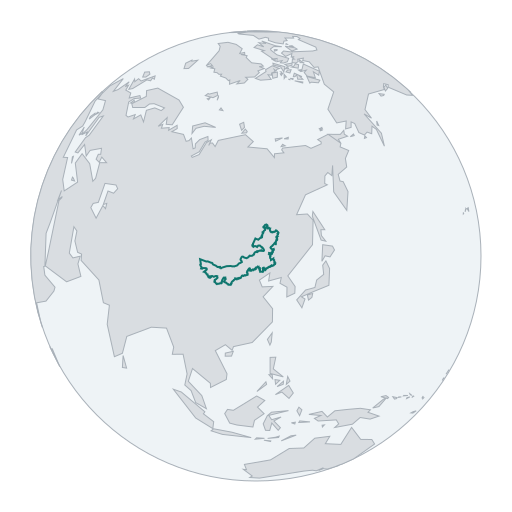 Inner Mongol on an orthographic globe
{"feature_id": "CHN-1838", "entity_name": "Inner Mongol", "entity_type": "Autonomous Region", "adm_level": 1, "iso_a3": "CHN", "parent_name": "China", "parent_adm1": "", "projection": "orthographic", "projection_center": [116.94, 45.357], "detail": "fine", "context": "on_globe", "style": "outline", "palette": "teal", "viewbox_px": 512, "rotation_deg": 0, "n_neighbors": 0, "source": "natural_earth", "source_scale": "10m", "svg_char_len": 17545}
<svg xmlns="http://www.w3.org/2000/svg" viewBox="0 0 512 512"><circle cx="256" cy="256" r="225" fill="#eef3f6" stroke="#a8b0b8"/><path d="M449.0,369.6L448.7,370.4L448.5,370.7L449.0,369.6ZM406.2,88.1L406.3,88.2L409.7,91.3L409.2,91.2L412.5,95.3L406.7,95.0L388.2,87.2L388.2,84.7L383.7,83.6L383.4,86.9L384.3,89.5L368.5,94.0L365.0,109.6L371.5,118.2L364.1,113.9L381.4,133.2L384.4,146.2L376.4,129.4L372.0,126.2L371.7,133.7L367.1,132.1L364.4,135.0L358.9,132.6L354.7,123.5L351.1,121.9L351.1,127.4L345.6,128.9L346.2,121.0L336.7,122.9L327.9,109.2L333.7,91.9L324.3,84.2L318.1,66.9L314.1,67.4L309.2,61.8L302.7,60.5L303.4,58.1L297.7,59.2L298.2,61.6L295.9,63.0L292.1,62.6L292.4,59.3L294.3,59.1L292.4,57.9L294.2,56.6L291.2,57.0L291.9,53.5L285.6,56.4L281.5,53.1L283.6,51.0L290.6,51.9L312.7,51.0L316.9,50.0L315.8,47.1L298.4,39.6L300.0,38.5L296.9,36.5L292.7,36.4L293.6,38.1L285.0,38.0L287.1,40.6L283.9,41.1L283.2,43.9L275.5,42.8L268.4,40.4L268.6,38.2L265.5,37.3L259.0,39.1L253.3,35.4L238.9,34.0L238.2,33.5L248.4,31.9L264.4,32.0L277.6,32.0L261.1,31.5L259.8,30.8L256.3,30.8L251.8,30.8L249.2,31.0L247.1,31.0L255.6,30.7L263.9,30.9L259.8,30.8L267.3,31.0L270.5,31.2L287.0,32.9L303.4,35.8L319.6,39.9L335.4,45.2L350.7,51.6L365.5,59.1L379.8,67.8L393.3,77.4L406.2,88.1ZM468.9,211.6L467.1,208.5L468.2,207.7L468.9,211.6ZM465.9,208.5L466.6,209.2L466.0,209.0L465.9,208.5ZM465.4,209.6L465.8,208.8L465.6,210.1L465.4,209.6ZM465.1,211.7L465.2,210.4L465.3,210.7L465.1,211.7ZM463.7,213.6L463.3,214.0L463.3,212.4L463.7,213.6ZM385.4,91.0L383.9,87.2L385.8,85.1L387.7,88.3L385.4,91.0ZM381.0,96.1L379.0,93.6L384.2,94.3L383.7,95.5L381.0,96.1ZM377.1,125.0L376.7,121.0L378.7,125.5L377.1,125.0ZM364.9,135.8L366.5,137.6L364.4,138.4L364.9,135.8ZM287.4,44.4L285.4,44.1L286.6,43.7L287.4,44.4ZM289.1,46.0L292.0,45.7L293.2,46.4L291.4,46.6L289.1,46.0ZM354.2,135.6L350.3,136.7L353.5,134.0L354.2,135.6ZM285.2,46.2L295.0,47.8L297.1,49.1L291.9,51.0L285.2,46.2ZM347.6,136.2L338.3,139.3L340.9,143.3L328.1,134.3L340.3,134.4L343.8,130.3L344.3,134.2L347.6,136.2ZM300.1,62.6L299.3,59.9L303.4,62.6L300.1,62.6ZM303.3,64.0L319.4,71.2L318.7,75.2L313.4,71.8L315.3,77.7L307.1,76.1L304.2,72.5L306.3,70.1L301.5,71.4L303.3,64.0ZM322.5,129.1L319.6,128.7L321.8,127.4L322.5,129.1ZM295.3,63.8L298.6,64.7L298.2,68.2L291.5,67.0L293.8,66.2L295.3,63.8ZM319.9,80.2L318.4,82.8L311.3,82.2L309.8,83.1L306.8,76.5L319.9,80.2ZM292.0,65.2L288.1,66.3L284.9,64.4L292.0,63.1L292.0,65.2ZM301.0,69.7L300.5,71.4L298.5,70.0L301.0,69.7ZM271.2,58.7L275.2,59.4L275.3,61.2L271.2,58.7ZM286.9,66.9L288.0,67.6L288.6,68.5L285.4,68.9L286.9,66.9ZM302.0,76.6L299.4,75.9L302.9,79.3L297.7,79.2L296.7,74.8L294.9,76.7L293.3,76.7L294.3,73.2L302.0,76.6ZM283.8,72.0L280.7,66.9L273.2,65.0L272.9,63.2L284.9,66.7L283.8,72.0ZM289.9,73.0L286.0,71.9L287.5,70.1L291.1,69.7L289.9,73.0ZM294.6,80.8L302.8,82.0L302.7,83.0L294.6,80.8ZM281.3,71.8L282.1,73.0L280.6,71.8L281.3,71.8ZM290.2,78.3L293.1,78.6L292.9,79.6L290.2,78.3ZM281.3,75.5L280.3,73.8L282.7,73.4L281.3,75.5ZM285.1,77.1L284.2,78.5L284.1,74.3L286.4,77.0L285.1,77.1ZM289.5,79.3L290.4,80.0L288.3,79.1L289.5,79.3ZM272.8,78.3L272.1,73.1L277.4,72.1L277.3,77.2L272.8,78.3ZM102.0,91.6L102.5,92.9L95.1,101.1L85.1,121.8L82.7,126.0L76.6,129.9L63.3,157.3L67.6,157.5L62.7,179.5L64.2,190.9L77.6,182.1L75.3,163.1L82.1,153.7L89.7,163.7L92.8,181.3L95.6,178.3L99.7,162.7L106.6,162.7L101.8,157.1L99.2,162.3L96.1,159.2L98.3,154.3L100.7,154.3L101.5,148.3L90.1,150.4L86.2,156.0L84.6,144.5L77.9,152.9L75.2,152.0L85.5,137.7L89.2,135.2L103.3,116.0L99.2,117.3L85.7,135.9L87.2,132.0L81.6,134.8L87.0,129.6L102.9,109.8L105.5,100.6L98.1,99.0L101.9,93.7L109.9,85.9L123.3,78.6L113.4,91.3L118.0,89.6L129.2,81.8L125.3,86.6L128.6,85.2L125.8,90.1L130.8,93.0L129.2,98.0L139.9,95.6L140.6,98.0L134.1,98.6L128.7,102.0L126.0,115.4L128.0,117.0L135.2,114.6L133.5,118.9L140.8,114.9L143.5,121.9L146.4,110.3L154.8,107.9L161.2,110.6L164.5,107.9L154.1,103.7L149.5,104.0L144.8,107.5L132.7,107.5L131.8,103.7L146.3,96.4L146.6,90.6L157.8,88.1L179.0,100.0L183.4,107.3L172.2,124.8L166.2,124.3L167.2,117.6L158.2,126.3L162.8,124.3L161.4,128.2L169.2,127.6L168.6,130.3L177.1,125.3L177.2,128.6L171.8,131.7L183.5,134.4L186.1,141.3L189.0,140.6L191.4,138.0L193.1,148.8L195.2,147.9L195.4,143.9L199.7,139.6L207.9,136.5L208.1,140.4L205.1,142.0L199.2,151.8L191.3,156.0L192.2,157.4L199.1,154.6L206.4,142.7L211.3,139.8L208.7,145.5L210.0,143.2L212.5,143.0L215.1,146.6L218.3,140.4L245.5,134.7L253.3,141.6L247.9,147.0L267.1,148.8L274.4,157.6L274.5,153.8L283.9,152.8L281.7,149.9L282.5,148.1L305.5,145.5L311.0,148.3L321.1,143.9L321.2,142.0L317.7,139.6L328.1,134.3L340.9,143.3L340.1,146.9L348.7,150.5L345.4,158.4L346.7,167.0L338.2,174.4L340.0,181.0L343.2,181.7L348.0,191.6L346.8,210.4L333.7,191.9L332.6,165.4L331.8,175.6L327.8,172.5L324.9,175.9L324.7,183.5L327.3,184.8L305.5,194.8L296.6,214.7L307.4,214.0L313.1,220.2L312.5,244.7L287.8,275.9L295.1,286.5L294.8,293.2L286.8,297.0L287.0,287.2L280.0,283.3L281.3,277.5L268.6,281.0L269.9,272.9L259.4,280.1L262.2,286.9L272.9,286.4L263.1,296.8L272.6,308.7L272.4,321.9L252.2,342.5L233.5,346.6L232.1,350.3L225.4,344.7L215.3,350.6L227.0,373.8L226.3,379.5L210.5,387.5L210.4,383.3L192.5,368.5L188.3,381.3L201.8,395.6L206.4,408.7L195.7,402.6L191.1,390.6L184.8,385.0L187.1,373.9L183.1,354.2L172.3,354.3L173.7,347.1L166.5,328.1L151.3,327.2L126.8,336.4L122.4,353.3L114.4,356.7L107.2,324.3L109.4,305.2L103.4,302.7L98.9,280.0L81.1,260.4L81.6,254.1L77.6,252.3L74.9,241.0L76.9,231.0L73.9,226.7L69.3,253.1L72.9,257.9L80.2,256.2L77.9,263.9L80.9,276.4L66.6,281.8L45.3,265.9L48.4,251.9L59.0,200.5L61.6,197.9L61.8,197.4L62.3,196.5L57.9,199.8L61.5,190.5L50.3,222.3L46.1,233.3L44.9,266.2L43.7,266.5L44.9,275.2L55.0,287.2L53.9,291.1L46.0,301.1L36.6,302.8L40.8,322.4L42.4,327.5L37.8,312.1L34.4,296.4L32.1,280.5L30.9,264.5L30.8,248.4L32.0,232.4L34.2,216.5L37.6,200.8L42.1,185.4L47.7,170.3L54.3,155.7L61.9,141.6L70.6,128.0L80.2,115.1L90.7,103.0L102.0,91.6ZM90.8,207.6L96.1,218.2L102.9,205.5L105.5,208.7L106.8,203.4L103.3,204.5L108.0,191.0L113.6,193.2L117.7,188.7L116.0,185.0L105.0,183.4L98.3,202.4L93.2,203.4L90.8,207.6ZM258.9,30.8L257.6,30.9L253.2,30.8L255.5,30.8L258.9,30.8ZM232.0,32.6L229.2,32.5L232.8,32.3L235.5,31.9L246.4,31.3L238.5,33.2L240.1,32.3L232.0,32.6ZM258.8,31.7L252.8,31.4L259.7,31.7L258.8,31.7ZM149.9,74.2L145.9,77.0L142.7,77.0L144.7,72.1L149.4,71.8L149.9,74.2ZM141.1,81.0L155.1,75.9L154.4,79.2L152.4,78.1L150.6,80.8L146.9,79.9L132.6,88.6L128.8,89.3L134.6,79.0L134.8,81.7L138.6,78.7L141.1,81.0ZM191.8,61.2L197.8,60.2L188.5,68.5L184.0,68.6L185.7,63.2L192.0,60.1L191.8,61.2ZM274.2,49.7L277.1,49.6L277.0,50.4L274.5,51.1L274.2,49.7ZM273.0,58.9L261.5,51.2L264.2,50.6L254.1,47.5L257.4,44.8L263.8,46.8L258.8,42.7L265.9,43.5L261.7,41.0L275.7,45.8L281.8,46.7L273.7,46.6L270.5,48.9L271.0,50.2L276.9,54.8L288.7,58.4L287.4,61.7L283.3,63.1L280.3,62.8L282.1,60.6L276.8,61.7L277.1,58.4L273.0,58.9ZM236.8,83.9L240.2,80.5L229.5,84.2L229.8,80.0L228.5,80.7L225.8,78.0L220.4,76.1L221.6,74.2L218.9,74.3L217.1,72.7L213.9,72.2L214.8,68.8L211.0,68.1L213.7,67.0L206.8,66.8L212.3,65.5L210.5,63.6L206.1,65.8L219.1,50.8L220.2,46.3L218.2,43.5L228.0,42.3L236.2,44.4L242.2,48.7L239.7,53.5L244.6,52.4L244.8,54.4L240.8,54.5L247.1,55.7L246.2,57.5L251.6,62.8L261.1,63.9L263.3,66.1L259.2,66.6L264.3,68.5L257.9,70.9L259.3,72.6L254.5,77.0L245.6,77.3L247.9,79.3L244.3,83.0L236.8,83.9ZM271.2,79.4L260.5,80.2L255.4,78.4L266.0,71.6L265.6,69.7L272.2,65.8L279.5,68.5L276.9,69.3L276.1,70.8L274.1,69.3L275.1,71.6L271.6,73.0L271.4,75.2L268.0,74.7L271.2,79.4ZM84.3,127.0L83.2,129.6L82.5,133.1L79.0,135.2L84.3,127.0ZM94.9,113.3L94.6,115.0L89.2,119.1L90.4,116.6L94.9,113.3ZM98.9,112.7L95.0,114.8L97.8,112.1L98.9,112.7ZM134.2,100.2L134.4,102.1L132.7,103.1L130.5,103.0L134.2,100.2ZM205.3,95.6L208.1,93.5L209.2,94.1L217.2,92.1L217.7,95.3L213.0,97.7L205.3,95.6ZM74.6,181.0L71.5,180.1L72.5,177.1L73.3,178.0L74.6,181.0ZM73.4,156.3L71.5,163.4L72.4,156.8L73.4,156.3ZM207.2,98.8L210.4,97.5L208.6,99.9L207.2,98.8ZM218.4,97.6L217.1,100.3L218.6,95.5L218.4,97.6ZM49.9,347.0L49.7,346.5L52.2,350.9L52.1,348.4L56.7,359.3L59.8,366.7L49.9,347.0ZM263.9,440.2L270.8,440.9L270.6,441.5L263.9,440.2ZM256.6,437.8L264.5,438.3L255.2,439.2L256.6,437.8ZM267.6,438.4L275.7,437.2L279.2,436.1L278.6,437.5L267.6,438.4ZM251.2,437.6L222.4,434.4L211.1,430.8L213.7,428.8L231.9,432.2L251.2,437.6ZM212.8,428.6L195.7,418.0L173.3,389.2L181.3,392.0L204.9,411.8L203.4,413.8L213.7,421.7L212.8,428.6ZM254.5,420.3L252.9,427.0L236.9,425.0L229.7,423.1L224.7,413.6L227.5,409.4L233.4,410.3L256.7,396.0L264.8,400.5L257.5,407.1L264.1,413.7L254.5,420.3ZM123.1,355.5L126.6,368.1L122.4,367.5L123.1,355.5ZM266.6,384.4L256.9,391.5L265.9,381.8L266.6,384.4ZM272.2,374.7L272.6,378.8L268.9,374.7L272.2,374.7ZM231.5,356.1L225.2,356.2L225.3,353.1L233.3,351.3L231.5,356.1ZM272.2,332.8L271.3,342.0L269.9,345.1L267.4,339.4L272.2,332.8ZM215.7,127.4L204.1,126.3L196.0,128.3L192.0,133.5L192.7,126.0L205.1,122.8L215.7,127.4ZM241.8,133.2L245.3,129.1L247.2,131.5L246.6,132.8L241.8,133.2ZM241.6,130.3L239.6,124.2L243.7,122.3L244.5,127.4L241.6,130.3ZM222.9,110.6L219.4,109.9L221.0,107.9L222.9,110.6ZM335.6,466.7L339.1,465.4L335.6,466.7ZM303.7,471.1L259.5,478.1L249.8,477.5L252.2,476.0L243.3,469.3L246.5,469.7L244.4,464.4L270.5,459.9L289.2,448.5L303.8,448.0L314.8,438.2L329.8,436.3L325.3,443.7L340.8,444.4L351.6,427.4L360.7,439.4L371.8,439.5L374.6,444.0L353.6,458.9L341.8,464.2L339.7,464.8L334.8,466.8L327.3,469.1L323.4,468.7L318.6,470.5L323.4,467.7L316.3,470.8L312.5,470.2L303.7,471.1ZM410.9,412.9L413.1,411.7L416.2,410.8L412.9,413.1L410.9,412.9ZM443.5,378.1L444.3,377.7L442.2,380.5L443.5,378.1ZM448.5,370.7L446.0,374.2L449.0,369.6L448.5,370.7ZM422.7,397.9L423.7,397.8L422.8,398.8L422.7,397.9ZM421.8,398.3L423.2,396.0L422.9,397.4L421.8,398.3ZM411.8,397.5L413.1,395.9L413.7,396.2L411.8,397.5ZM281.2,440.9L290.9,435.8L296.2,435.1L281.2,440.9ZM409.9,396.9L406.6,398.6L407.0,397.6L409.9,396.9ZM410.2,394.7L409.8,393.7L411.9,395.4L410.2,394.7ZM403.8,395.4L407.9,395.5L403.4,395.9L403.8,395.4ZM401.4,396.9L398.5,397.4L398.7,396.9L401.4,396.9ZM368.0,412.3L379.0,416.1L370.1,419.1L360.2,417.5L352.4,424.2L334.7,427.5L338.7,423.9L336.3,419.9L318.1,421.0L314.4,418.4L320.9,415.5L308.9,414.4L322.0,411.4L327.4,417.0L334.9,410.8L347.8,409.4L360.3,408.3L370.4,409.8L368.0,412.3ZM322.1,425.2L324.4,424.9L322.4,427.0L322.1,425.2ZM392.8,396.7L397.1,397.6L396.6,398.6L394.5,399.1L392.8,396.7ZM372.7,408.0L383.6,399.1L386.1,398.2L378.9,406.6L372.7,408.0ZM380.9,396.7L386.0,395.6L388.6,397.4L387.6,398.6L380.9,396.7ZM295.3,422.2L294.8,424.0L291.4,422.8L295.3,422.2ZM299.7,420.9L310.0,421.9L298.8,422.5L299.7,420.9ZM268.7,415.4L271.7,419.7L281.1,417.0L273.9,421.0L280.4,427.7L278.2,430.3L271.8,423.0L269.7,430.5L265.5,430.3L263.2,423.8L267.3,415.7L271.5,412.2L288.5,410.6L268.7,415.4ZM299.6,415.7L296.9,410.8L298.9,407.2L301.9,409.8L299.6,415.7ZM289.0,398.4L281.9,392.1L275.4,394.6L288.7,385.4L293.3,393.0L289.0,398.4ZM283.2,384.3L277.1,386.6L283.5,381.2L283.2,384.3ZM275.6,384.3L275.0,379.6L279.8,380.3L275.6,384.3ZM286.3,384.4L287.7,376.5L290.0,381.1L286.3,384.4ZM273.3,368.9L283.3,376.9L270.1,373.4L270.1,357.4L275.8,357.2L273.3,368.9ZM308.5,300.1L307.4,295.0L312.7,293.5L311.9,297.4L308.5,300.1ZM328.9,285.3L313.7,291.5L301.4,296.8L305.0,299.0L301.9,307.8L296.7,299.9L305.6,290.0L314.9,287.5L316.7,280.0L323.7,274.4L322.7,265.2L325.9,260.9L329.6,268.6L328.9,285.3ZM321.9,261.3L322.7,244.7L332.5,246.1L334.5,250.0L330.0,256.9L325.1,255.8L321.9,261.3ZM325.8,241.2L321.1,240.1L312.3,216.1L312.9,211.5L324.8,229.7L320.9,229.7L321.4,235.6L325.8,241.2ZM320.3,130.8L319.7,128.9L321.9,130.3L320.3,130.8ZM281.1,146.6L282.6,144.3L285.2,145.8L281.1,146.6ZM288.1,139.0L284.1,138.8L288.3,137.3L288.1,139.0ZM275.2,138.9L282.5,137.9L275.6,141.2L275.2,138.9Z" fill="#d9dde1" stroke="#a8b0b8" stroke-width="1"/><path d="M253.3,246.8L252.4,245.9L252.3,245.1L253.0,244.6L253.0,243.5L253.6,242.6L253.7,242.2L255.4,238.5L256.3,239.0L257.4,239.3L258.3,239.7L260.3,237.9L261.4,237.7L262.0,237.3L262.1,236.3L261.6,236.3L261.5,236.2L261.8,235.9L261.9,235.3L262.4,234.8L262.4,234.1L262.9,233.4L263.0,233.1L262.9,232.9L263.1,232.9L263.1,232.6L263.3,232.4L263.2,232.2L263.4,232.2L263.7,231.1L264.6,230.2L265.0,230.1L265.1,229.8L265.1,229.5L265.3,229.3L265.2,228.8L264.8,228.4L265.0,227.6L264.4,227.3L263.5,227.5L263.4,227.4L263.4,226.8L263.9,226.4L265.2,224.8L266.0,224.7L266.4,224.5L267.0,224.9L267.2,225.2L267.4,225.3L267.5,225.7L266.1,227.4L267.4,228.1L267.8,228.5L268.2,228.4L268.6,227.6L268.9,227.7L269.4,228.4L270.0,228.5L269.7,229.0L270.1,230.1L270.0,230.6L270.4,231.1L270.5,231.6L271.1,232.1L271.3,232.0L271.5,232.2L272.0,232.1L272.4,232.4L272.8,232.3L272.9,231.9L273.7,231.8L274.2,231.9L274.4,231.6L274.9,231.6L275.3,231.5L275.9,230.4L276.4,230.5L276.8,230.8L277.5,231.6L278.2,232.2L278.5,232.7L278.4,233.1L278.0,233.5L277.8,233.6L278.0,233.8L278.0,234.5L277.5,234.9L277.3,235.9L276.9,236.3L277.1,236.4L276.9,236.5L277.0,236.6L276.8,236.9L277.0,237.2L276.8,237.4L277.0,237.5L277.0,238.0L276.8,238.1L277.1,238.4L277.1,238.6L277.2,238.9L277.2,239.7L277.0,240.1L276.3,240.0L276.2,240.2L276.2,240.5L275.9,241.8L275.9,242.2L275.7,242.5L275.7,243.2L275.9,243.7L275.8,244.2L275.7,244.2L275.2,243.4L275.1,242.8L274.9,242.7L273.4,244.7L272.7,245.2L272.5,245.7L270.9,246.9L270.5,247.7L271.0,248.5L271.6,248.8L272.5,249.7L272.8,249.8L273.3,249.2L273.5,249.3L273.6,249.5L273.8,249.3L273.9,249.6L273.8,250.0L273.4,250.4L272.4,250.5L272.4,251.3L272.9,252.0L272.7,252.4L272.0,252.5L272.0,253.8L271.8,254.0L271.2,253.7L270.9,253.2L270.5,253.7L269.8,253.1L269.2,253.0L269.3,253.5L268.9,254.1L269.2,254.4L269.7,254.3L269.9,254.5L269.9,254.9L270.3,255.1L270.5,255.5L270.6,256.0L270.1,256.4L270.0,256.6L270.2,258.1L271.0,259.1L271.0,260.0L272.2,259.4L273.3,258.6L273.3,259.1L273.8,259.8L274.1,260.0L274.0,260.5L274.7,261.8L274.7,262.1L274.4,262.1L274.3,262.7L275.3,263.1L275.1,264.1L274.1,264.6L273.9,264.8L273.8,265.2L273.6,265.4L272.8,265.7L271.7,265.3L271.6,265.5L271.9,265.9L271.8,266.1L271.4,266.2L270.7,265.9L270.4,266.1L270.3,266.6L269.9,267.0L269.6,267.0L269.3,266.7L268.9,266.8L267.8,267.9L267.5,267.7L266.7,268.3L266.4,268.4L266.3,268.9L265.9,269.1L265.4,269.8L265.3,270.2L265.1,270.2L265.0,269.6L264.3,268.5L264.4,268.3L263.8,268.1L263.7,267.7L263.3,267.8L263.0,267.9L262.7,268.3L263.1,268.8L262.9,270.0L263.2,271.2L263.1,271.5L262.8,271.9L261.7,271.7L261.2,271.7L260.5,271.7L260.2,271.8L260.1,271.4L260.0,270.8L259.8,270.7L259.6,270.1L259.9,270.1L260.0,270.0L260.0,269.7L259.9,269.5L259.9,268.9L259.6,269.1L259.4,268.5L259.1,268.3L259.2,268.1L259.2,267.7L258.5,267.0L258.5,266.8L257.9,267.0L257.7,266.8L257.4,267.4L256.5,267.3L255.8,267.6L255.7,268.0L255.8,268.4L255.8,268.7L255.9,268.9L255.6,269.2L255.0,269.5L254.8,269.3L254.6,269.4L254.4,269.1L253.4,270.0L253.1,269.5L252.9,269.4L251.3,270.2L251.2,270.4L251.3,270.7L251.0,270.8L249.9,270.6L249.9,269.9L250.1,269.7L249.9,268.5L249.8,268.4L249.6,268.6L249.0,268.6L248.6,269.2L248.1,269.7L247.9,270.7L247.4,270.9L247.1,271.3L247.1,271.8L247.3,272.0L247.3,272.3L247.0,272.3L246.9,272.6L247.3,273.3L247.4,273.7L247.7,274.0L247.3,274.4L247.4,274.9L246.2,275.2L245.5,275.5L245.1,275.5L244.8,275.1L244.5,275.2L244.1,275.4L243.6,275.9L243.4,276.0L242.4,275.5L242.0,275.7L241.4,276.6L240.9,277.8L240.6,278.0L240.3,278.1L240.1,277.9L239.4,277.9L239.3,278.3L239.0,278.6L238.5,278.7L238.3,278.8L238.1,278.6L238.4,278.1L238.1,278.1L237.5,278.4L236.9,279.2L236.5,278.7L236.0,278.9L235.6,278.4L235.3,278.4L235.5,279.0L234.8,279.3L234.3,279.8L233.9,279.9L233.4,280.7L233.0,280.8L232.6,281.3L232.2,281.5L231.8,282.0L231.4,282.8L231.6,283.4L231.3,283.9L231.0,283.6L230.8,283.8L230.6,284.8L228.3,284.7L228.1,284.1L226.6,283.4L226.4,282.8L225.9,282.5L225.6,282.5L224.9,282.3L223.9,281.6L224.5,281.0L224.7,280.3L225.7,279.0L225.3,278.2L225.3,277.5L224.8,277.5L224.4,277.8L223.8,277.7L223.7,278.2L223.2,278.3L222.1,280.3L222.0,281.5L221.6,281.9L221.8,282.5L221.6,283.2L221.1,283.4L220.3,283.2L219.9,283.3L219.3,283.5L218.9,283.8L217.4,283.7L217.0,284.1L216.7,284.1L215.2,282.3L214.4,281.9L214.4,281.3L214.5,280.9L214.9,280.8L214.8,279.8L216.2,279.1L216.9,278.2L217.2,278.1L217.5,277.8L217.5,277.5L217.1,276.6L217.2,276.2L216.3,276.0L215.4,276.1L213.8,276.8L212.2,276.0L210.4,276.3L210.9,277.2L210.2,277.8L209.4,277.7L208.7,277.3L208.8,277.1L208.5,276.5L208.5,276.2L208.1,276.2L207.6,275.6L207.6,274.5L206.8,274.3L206.7,274.0L206.3,273.7L206.3,273.3L206.1,273.1L205.3,272.6L204.9,272.1L204.0,271.8L204.7,271.2L205.6,270.8L206.0,270.2L206.7,269.6L206.8,269.1L206.5,268.4L205.7,268.1L204.9,268.2L203.9,268.0L202.9,268.2L202.1,268.7L201.1,268.5L201.6,267.2L200.8,266.1L200.2,264.8L200.3,264.5L200.9,264.1L200.1,259.2L206.2,261.5L207.8,261.4L211.0,262.7L211.9,262.8L212.4,263.2L212.7,264.0L213.1,264.5L215.9,265.7L217.5,267.0L219.9,266.9L219.8,267.7L220.9,267.9L221.1,268.2L221.8,267.7L226.6,266.2L230.7,266.0L232.4,266.4L232.9,266.3L234.4,266.4L235.0,266.1L236.1,265.8L237.2,265.4L239.0,263.4L240.7,262.8L241.3,262.2L241.8,262.1L241.8,261.7L241.6,261.1L240.8,260.2L240.5,259.3L241.6,257.1L242.2,256.6L243.4,256.8L243.9,257.4L244.3,257.6L246.7,258.2L247.5,257.6L248.1,257.4L249.0,256.5L249.4,255.8L249.8,255.6L250.5,255.9L251.6,255.8L252.5,255.6L253.4,254.7L253.9,254.6L254.1,254.2L254.0,253.8L254.4,253.1L255.0,252.3L255.7,252.0L257.1,252.1L257.3,251.4L257.2,251.2L257.7,251.1L258.0,251.4L258.3,251.4L258.6,251.1L259.6,250.6L260.8,250.8L261.1,250.4L261.3,250.6L261.5,250.5L261.7,250.8L263.4,251.0L263.9,250.7L264.0,250.5L263.9,249.8L263.6,249.4L263.4,248.8L262.2,247.8L262.3,247.6L261.8,247.4L261.7,246.9L260.8,246.5L260.0,245.6L259.3,245.5L258.2,245.6L257.1,247.0L256.3,246.4L255.7,246.1L254.8,246.3L254.2,246.1L253.7,246.4L253.3,246.8Z" fill="none" stroke="#0f766e" stroke-width="2"/></svg>